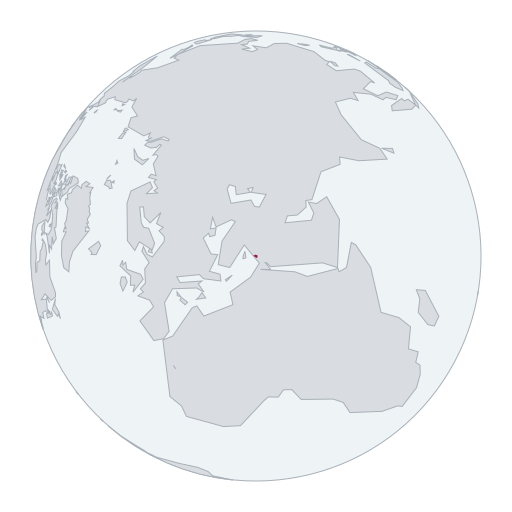 globe centered on Haifa, rotated 301°
{"feature_id": "ISR-3054", "entity_name": "Haifa", "entity_type": "District", "adm_level": 1, "iso_a3": "ISR", "parent_name": "Israel", "parent_adm1": "", "projection": "orthographic", "projection_center": [35.08, 32.637], "detail": "fine", "context": "on_globe", "style": "filled", "palette": "rose", "viewbox_px": 512, "rotation_deg": 301, "n_neighbors": 0, "source": "natural_earth", "source_scale": "10m", "svg_char_len": 10553}
<svg xmlns="http://www.w3.org/2000/svg" viewBox="0 0 512 512"><g transform="rotate(301 256 256)"><circle cx="256" cy="256" r="225" fill="#eef3f6" stroke="#a8b0b8"/><path d="M229.7,32.3L233.6,31.9L260.2,31.2L269.7,31.3L266.8,31.5L283.0,32.3L289.9,33.3L282.8,32.3L280.4,32.2L290.3,33.6L290.1,33.8L294.7,34.8L293.5,35.2L283.2,34.2L282.2,34.6L289.3,35.6L292.5,37.1L282.3,35.4L286.9,38.1L270.6,38.2L244.1,35.7L234.3,38.3L205.0,43.1L206.9,43.9L197.1,47.0L195.6,49.3L190.6,50.1L193.7,51.3L198.6,50.2L201.6,50.5L201.2,51.9L194.7,53.0L194.0,52.4L191.9,53.5L188.8,53.6L190.1,54.3L182.3,55.9L189.3,56.6L182.5,59.7L177.6,60.2L179.1,57.2L171.2,52.8L166.7,53.4L158.7,56.7L141.7,68.4L136.2,70.7L128.1,76.0L130.6,75.7L137.8,71.6L140.5,73.1L149.1,68.5L151.4,68.7L159.8,65.8L157.4,69.6L150.5,75.1L143.5,77.9L140.2,80.6L146.1,81.1L132.0,90.0L121.3,102.9L117.8,105.2L112.5,103.2L114.8,94.7L108.0,94.5L111.2,98.4L102.3,105.0L100.4,108.0L100.2,110.1L103.1,109.2L99.9,112.5L95.4,109.3L98.3,106.2L99.7,107.1L100.7,103.4L97.6,102.4L93.4,106.4L93.3,102.3L90.3,105.4L88.5,106.6L93.4,101.8L84.7,110.6L83.9,110.6L95.3,98.1L107.6,86.5L120.8,75.8L134.7,66.1L149.3,57.6L164.5,50.1L180.3,43.8L196.4,38.7L212.9,34.9L229.7,32.3ZM34.2,216.8L32.1,231.6L31.8,249.7L31.7,260.7L31.3,264.2L32.1,270.1L32.1,273.5L38.6,296.8L44.8,314.8L46.6,326.3L45.3,332.0L52.1,351.8L45.4,335.9L39.9,319.5L35.6,302.7L32.7,285.7L31.1,268.5L30.8,251.2L31.8,233.9L34.2,216.8ZM276.5,31.7L271.2,31.2L276.4,31.6L276.5,31.7ZM295.6,34.9L297.2,35.1L298.9,35.6L295.6,34.9ZM160.5,64.0L160.1,64.9L158.8,64.9L160.5,64.0ZM164.5,62.0L163.2,61.5L164.9,60.5L165.7,60.8L164.5,62.0ZM298.6,36.8L300.9,37.9L296.8,36.6L298.6,36.8ZM165.8,63.0L168.1,58.9L171.2,57.2L176.6,57.4L165.8,63.0ZM301.1,38.4L306.7,41.6L310.8,42.0L302.5,43.2L300.4,39.8L294.7,37.9L299.4,38.7L301.1,38.4ZM200.3,49.3L195.1,50.5L199.8,48.3L200.3,49.3ZM202.6,47.8L212.8,41.6L220.3,40.9L215.3,42.9L225.3,41.3L223.9,44.0L218.1,45.5L213.6,45.3L216.5,46.5L202.6,47.8ZM297.0,43.7L296.8,44.5L295.0,43.5L297.0,43.7ZM203.2,50.4L204.5,49.1L211.1,48.3L209.5,50.9L207.9,50.3L203.2,50.4ZM228.6,39.8L233.2,40.0L233.3,42.1L235.1,42.5L224.5,44.0L228.6,39.8ZM206.2,51.2L208.5,52.4L205.1,54.1L202.2,51.8L206.2,51.2ZM213.5,47.0L216.5,46.9L214.3,47.8L213.5,47.0ZM194.0,61.7L195.6,59.7L199.1,59.0L194.0,61.7ZM209.6,52.7L210.8,52.1L212.4,51.7L213.2,52.9L209.6,52.7ZM225.4,45.6L224.5,46.6L229.7,45.0L230.1,46.8L222.9,47.7L226.1,48.1L226.2,48.7L220.3,48.7L225.4,45.6ZM218.7,53.0L209.7,55.2L206.1,58.9L202.9,59.5L209.3,53.5L218.7,53.0ZM220.1,50.5L218.5,52.1L215.3,51.8L214.4,50.5L220.1,50.5ZM232.8,47.9L234.2,44.8L235.7,44.8L232.8,47.9ZM218.3,54.1L220.5,53.6L218.4,54.4L218.3,54.1ZM229.1,49.8L229.3,48.6L231.1,48.6L229.1,49.8ZM224.6,53.7L221.7,54.3L221.0,53.3L224.6,53.7ZM227.2,51.9L229.4,52.2L222.5,52.6L227.0,51.4L227.2,51.9ZM230.7,49.9L231.8,49.5L230.3,50.4L230.7,49.9ZM228.8,57.3L220.2,58.0L218.7,55.7L227.3,55.2L228.8,57.3ZM93.0,315.9L82.7,279.0L89.1,269.4L91.2,254.6L136.0,219.5L144.5,225.8L178.7,228.0L182.8,230.9L177.6,242.2L202.4,261.3L211.7,252.4L235.2,262.3L251.6,262.5L259.4,240.2L232.6,239.4L229.1,228.1L251.4,219.2L275.0,220.6L274.4,216.3L260.4,206.8L266.8,198.9L255.7,202.9L259.5,207.3L252.6,210.2L248.7,206.4L251.1,203.6L244.3,201.5L234.6,216.4L237.4,222.5L218.9,223.9L221.8,234.5L216.5,238.8L209.5,222.7L210.9,217.1L197.3,198.8L194.1,204.6L206.8,222.6L202.4,220.8L198.3,229.8L198.0,221.5L184.9,201.3L168.8,201.7L146.7,220.3L137.7,219.5L130.9,212.1L140.6,189.9L159.7,194.4L163.4,187.5L161.0,175.3L167.1,178.0L168.4,173.8L175.8,175.2L187.6,167.3L195.3,167.8L201.3,155.7L206.1,154.6L201.2,161.9L201.9,167.7L221.2,169.8L225.3,167.6L227.7,159.8L232.7,161.8L232.5,154.0L244.3,152.0L229.8,148.2L232.2,140.0L240.1,134.3L238.2,131.1L225.4,140.5L222.7,145.0L224.5,149.7L214.7,162.5L207.7,163.9L208.1,148.7L198.3,149.3L202.9,137.9L234.7,118.3L247.3,115.3L265.0,127.1L261.3,132.0L253.0,130.0L259.3,139.2L259.5,134.9L263.6,136.8L267.0,130.2L270.1,131.3L268.0,123.3L272.2,124.0L273.4,129.0L282.0,120.6L291.1,120.6L291.5,118.2L289.4,115.7L302.3,117.8L302.1,116.0L297.7,114.6L294.4,110.2L293.6,103.6L298.1,104.7L299.0,107.2L307.7,114.6L309.4,121.6L311.2,121.5L310.8,115.6L300.2,106.6L298.4,102.4L304.0,106.0L301.8,104.3L302.4,102.6L307.1,102.1L301.2,98.0L300.9,79.8L310.1,77.7L315.1,82.4L319.7,72.9L329.7,72.5L325.7,71.0L325.2,66.3L322.0,66.2L320.1,65.2L317.3,54.5L320.1,53.4L314.4,48.3L312.3,47.7L309.9,48.2L302.5,43.2L310.8,42.0L315.0,43.4L317.3,42.3L326.7,45.8L335.6,48.6L344.6,54.0L350.8,56.3L350.9,55.6L359.5,58.7L376.6,68.4L362.0,63.2L336.3,52.1L346.7,56.5L344.1,56.5L347.7,58.9L355.1,62.3L356.1,62.0L366.8,74.9L384.1,88.9L383.4,84.0L388.4,85.1L407.5,99.7L429.0,130.7L435.9,135.0L439.9,140.0L441.8,146.4L436.1,139.1L433.3,139.5L429.7,134.8L430.9,143.5L425.9,137.2L429.3,147.6L433.8,151.0L434.6,145.2L439.8,157.7L447.4,162.1L454.1,172.6L461.0,200.4L459.3,214.7L460.4,218.8L456.6,218.0L456.2,229.5L466.9,244.0L468.2,250.2L465.4,268.6L464.5,264.3L454.6,261.9L456.1,277.8L463.7,283.3L466.5,295.0L462.1,295.6L458.9,285.7L455.3,284.4L453.9,271.2L446.4,255.2L441.8,263.5L439.9,255.7L428.9,244.7L420.9,256.2L409.9,286.3L412.1,306.7L406.6,318.5L390.7,295.2L383.9,276.6L377.9,280.9L361.7,268.3L333.1,274.9L329.2,270.1L323.8,273.8L312.4,270.3L306.5,262.2L299.5,263.8L315.2,285.1L322.7,283.4L329.2,273.1L332.2,281.0L343.2,286.1L330.3,308.7L288.1,331.8L284.4,316.6L254.4,274.0L255.6,268.9L255.5,268.3L255.1,267.3L252.0,275.6L246.9,266.8L262.5,297.5L264.9,310.5L287.5,332.7L285.3,335.3L292.7,339.5L316.8,330.7L316.9,335.8L305.2,360.3L272.1,392.2L276.8,410.3L274.9,424.9L254.9,434.5L257.4,444.4L247.1,447.7L246.9,452.8L239.1,457.7L225.8,461.4L202.4,458.8L200.4,454.5L187.8,444.1L170.2,417.2L175.4,406.2L173.1,395.8L156.3,368.6L159.9,355.5L155.5,348.5L146.5,347.7L141.5,339.1L136.0,337.3L102.6,330.1L93.0,315.9ZM119.5,241.4L118.0,245.6L119.5,241.4ZM299.6,233.7L314.0,232.9L308.2,219.3L313.2,218.1L309.4,214.1L307.7,218.4L298.4,207.5L304.9,202.6L303.5,196.6L298.6,196.7L288.3,207.5L301.4,222.8L297.8,229.0L299.6,233.7ZM36.1,207.0L36.2,206.5L35.4,210.2L35.7,209.1L36.1,207.0ZM46.9,172.1L47.2,171.4L45.7,175.3L46.4,173.4L46.9,172.1ZM102.6,105.2L102.9,105.6L102.0,108.2L100.9,107.9L102.6,105.2ZM106.8,115.5L101.5,120.7L104.5,116.5L102.0,116.8L105.4,108.9L116.2,106.0L110.7,108.5L106.8,115.5ZM113.0,98.2L109.6,103.1L112.8,97.9L113.0,98.2ZM168.7,151.4L170.7,154.8L167.2,159.1L157.4,159.9L162.5,153.6L168.7,151.4ZM174.4,158.8L177.5,144.4L183.7,143.8L179.7,146.5L183.5,147.5L178.0,152.2L180.9,166.4L178.0,171.2L161.6,169.2L168.6,167.0L166.2,163.5L174.4,158.8ZM174.5,113.6L175.9,108.8L187.5,113.5L184.8,117.6L174.9,118.3L172.3,113.9L174.5,113.6ZM175.0,64.6L174.8,63.5L176.5,63.0L178.2,63.7L175.0,64.6ZM194.5,60.8L177.7,69.7L176.6,68.6L168.1,75.8L162.0,76.0L167.7,71.3L156.6,77.2L159.2,73.0L152.0,77.5L165.4,66.8L167.4,63.8L167.5,67.0L173.1,66.7L176.2,65.7L186.2,60.8L193.2,54.6L199.9,53.9L202.8,55.1L202.1,56.4L198.0,56.3L200.0,58.2L193.5,59.2L194.5,60.8ZM232.4,76.4L227.9,74.5L230.9,81.0L224.5,80.9L225.2,81.7L220.1,83.6L215.2,87.4L212.4,86.8L211.7,88.6L208.3,90.1L206.4,92.5L200.7,92.4L197.9,95.4L196.9,93.8L193.6,99.0L193.5,95.1L189.1,97.1L191.5,99.8L165.7,96.6L154.9,99.1L146.0,103.7L147.0,97.2L156.1,89.1L168.7,81.9L178.9,80.8L177.5,78.4L182.0,77.2L181.2,79.6L185.1,75.3L188.6,75.1L199.8,70.4L203.3,65.0L207.4,63.4L207.8,65.4L211.7,62.5L215.3,65.3L218.3,64.4L224.9,66.5L223.9,71.5L227.4,70.1L232.5,72.0L232.4,76.4ZM230.5,58.0L230.7,63.2L227.3,66.0L217.3,61.1L214.0,61.6L207.5,59.2L212.6,55.4L214.0,56.4L216.5,56.5L213.9,57.6L217.9,56.8L220.0,58.3L223.7,58.1L222.7,59.8L230.5,58.0ZM188.2,227.2L191.4,228.2L196.8,228.5L194.2,234.5L188.2,227.2ZM179.0,213.5L182.1,213.3L181.1,221.2L177.7,220.4L179.0,213.5ZM184.6,206.7L182.3,212.6L181.5,208.9L184.6,206.7ZM204.1,161.5L207.5,161.0L207.5,162.9L205.3,165.5L204.1,161.5ZM240.1,97.7L238.1,95.6L239.3,94.8L239.1,89.2L243.9,89.1L245.9,92.4L240.1,97.7ZM254.4,244.1L249.2,248.3L246.9,246.2L249.2,245.1L254.4,244.1ZM219.9,242.0L227.4,245.5L219.1,243.6L219.9,242.0ZM245.3,96.6L244.7,94.2L247.5,95.7L245.3,96.6ZM247.4,88.8L250.8,89.9L244.5,88.5L247.4,88.8ZM339.0,465.0L340.0,464.9L336.6,466.1L339.0,465.0ZM313.7,418.8L298.5,443.8L287.8,444.9L285.7,438.7L291.2,424.1L303.6,418.5L309.7,410.8L313.7,418.8ZM476.7,300.6L477.5,297.2L476.1,303.2L476.7,300.6ZM475.9,303.2L469.7,316.4L466.6,319.3L467.8,314.9L472.9,307.2L475.9,303.2ZM467.6,315.2L462.1,314.0L450.6,298.0L454.8,294.7L466.0,299.7L465.4,303.2L468.7,305.6L467.6,315.2ZM478.7,278.9L478.0,288.1L475.1,294.8L473.5,296.8L472.4,288.4L473.0,281.6L474.6,279.1L477.5,249.8L479.1,250.6L478.9,261.7L480.0,265.9L478.7,278.9ZM413.1,308.2L418.5,317.6L415.2,321.3L413.1,308.2ZM476.5,232.5L476.8,244.9L475.8,230.2L476.5,232.5ZM474.6,220.0L475.7,223.8L474.3,221.6L474.6,220.0ZM462.4,224.5L460.9,228.4L459.8,225.6L461.0,219.0L462.4,224.5ZM459.3,181.8L463.2,190.1L464.3,193.5L461.7,189.8L459.3,181.8ZM285.3,96.0L280.2,103.5L279.7,109.7L284.4,114.0L275.6,111.6L276.4,102.0L285.3,96.0ZM298.5,81.5L294.3,78.3L297.5,78.0L298.9,78.7L298.5,81.5ZM295.0,80.8L287.4,80.3L285.9,77.5L292.3,78.4L295.0,80.8ZM266.3,87.6L264.5,89.7L262.2,88.4L266.3,87.6ZM480.2,277.7L480.5,273.4L479.5,284.1L479.2,285.8L479.6,278.6L480.3,266.6L480.6,260.5L481.2,251.0L480.5,265.6L480.6,269.4L481.2,261.7L480.7,269.9L480.6,273.7L480.2,277.7ZM480.2,236.9L479.1,233.2L479.2,238.9L478.0,223.1L479.4,229.2L480.2,236.9ZM477.6,224.4L477.8,229.6L476.9,221.1L477.6,224.4ZM477.2,228.0L476.1,223.5L476.6,222.0L477.2,228.0ZM477.8,223.2L475.9,214.5L477.1,218.2L477.8,223.2ZM473.1,213.8L475.9,216.9L474.1,219.7L469.0,204.6L469.4,201.6L473.1,213.8ZM443.8,139.4L440.9,136.0L439.8,132.8L442.1,136.0L443.8,139.4ZM433.8,120.8L438.6,130.9L442.0,139.9L443.2,140.0L448.1,148.0L443.8,144.2L438.0,133.0L436.2,127.6L431.5,121.5L427.5,115.0L421.5,109.1L418.3,105.0L423.2,108.9L433.8,120.8ZM418.9,106.8L407.0,95.9L407.1,93.3L409.7,95.1L415.1,101.0L414.8,102.0L418.9,106.8ZM404.1,92.6L403.6,93.6L385.0,83.1L381.1,80.4L395.3,86.2L395.6,87.6L400.2,90.8L404.1,92.6ZM299.3,44.8L297.0,44.6L298.5,44.2L299.3,44.8ZM318.3,65.4L315.9,63.9L317.7,63.2L318.3,65.4ZM310.1,59.7L309.8,61.4L308.3,59.1L310.1,59.7ZM309.4,65.6L308.8,61.9L312.1,66.2L309.4,65.6Z" fill="#d9dde1" stroke="#a8b0b8" stroke-width="1"/><path d="M256.4,256.4L256.2,256.5L255.9,256.7L255.9,256.8L255.8,257.0L255.7,256.9L255.4,256.9L255.4,256.3L255.5,256.1L255.5,255.7L255.6,255.3L255.6,255.2L255.7,255.3L255.8,255.3L255.9,255.1L256.0,255.1L256.2,255.3L256.2,255.5L256.1,255.8L256.1,255.7L256.1,255.8L256.0,256.0L255.9,256.0L255.9,256.3L256.0,256.4L256.3,256.3L256.4,256.4Z" fill="#f43f5e" stroke="#9f1239" stroke-width="1.5"/></g></svg>